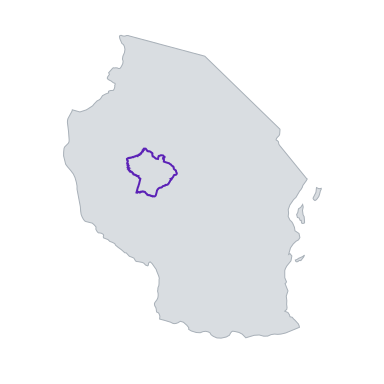 Sikonge, Tabora, United Republic of Tanzania (highlighted), rotated 15°
{"feature_id": "72390352B96655451787370", "entity_name": "Sikonge", "entity_type": "district", "adm_level": 2, "iso_a3": "TZA", "parent_name": "United Republic of Tanzania", "parent_adm1": "Tabora", "projection": "mercator", "projection_center": [32.873, -6.086], "detail": "fine", "context": "in_parent", "style": "outline", "palette": "violet", "viewbox_px": 384, "rotation_deg": 15, "n_neighbors": 0, "source": "geoboundaries", "source_scale": "gbopen_adm2", "svg_char_len": 8661}
<svg xmlns="http://www.w3.org/2000/svg" viewBox="0 0 384 384"><g transform="rotate(15 192 192)"><path d="M142.8,268.1L138.7,266.0L135.0,264.6L132.0,263.2L130.7,261.8L127.8,261.2L125.4,261.0L123.1,259.7L118.4,259.2L117.9,258.3L117.8,256.4L117.0,255.8L115.3,255.3L113.5,255.4L112.4,255.7L111.7,255.5L110.2,254.4L108.8,252.9L108.3,250.6L106.1,249.1L103.7,247.9L96.9,248.0L95.8,247.7L94.2,246.5L92.3,244.5L90.7,242.3L89.4,239.3L88.0,235.2L80.2,219.0L79.4,216.0L77.8,212.6L75.3,208.4L72.7,205.3L69.1,202.5L65.0,199.7L62.8,197.9L58.6,190.3L57.7,186.7L57.1,183.0L57.3,181.5L60.0,176.8L60.2,175.4L59.9,173.6L58.6,169.9L57.0,165.3L53.6,156.9L53.2,154.8L53.2,153.2L55.2,144.8L55.1,143.6L63.0,143.7L68.7,140.0L73.7,134.5L74.7,132.2L76.7,128.6L78.7,126.8L79.5,125.6L80.6,122.1L83.2,119.7L85.8,117.8L85.3,116.5L85.6,116.0L87.0,115.1L89.7,114.2L90.2,112.4L90.2,110.3L89.8,109.1L89.9,107.7L89.5,107.0L87.7,106.8L85.1,105.7L82.9,105.3L81.4,104.7L80.8,104.2L80.6,103.0L81.8,99.7L80.6,98.4L83.3,93.0L83.8,92.4L84.8,92.3L86.4,91.7L87.8,91.5L89.0,91.7L89.9,91.5L90.7,90.9L91.3,89.0L91.9,86.0L91.6,83.5L90.4,81.6L90.1,78.7L90.7,74.8L90.3,71.5L89.0,68.9L87.7,67.4L85.8,66.6L82.7,62.7L81.7,60.7L81.9,59.5L83.0,59.0L84.9,59.2L86.8,58.8L88.5,57.7L90.2,57.4L91.1,57.5L169.2,57.5L260.6,108.5L260.9,109.1L261.7,113.5L261.5,115.0L260.1,117.5L259.7,118.9L259.7,119.8L260.0,120.1L261.2,120.3L262.2,120.9L262.6,121.3L263.4,123.2L264.4,124.2L299.1,149.3L299.9,149.6L299.4,151.7L297.4,156.9L297.3,159.0L296.6,161.5L295.8,163.1L293.8,170.3L292.1,173.0L289.9,179.3L289.5,184.1L290.8,187.5L291.2,190.7L293.9,193.8L296.0,194.9L297.5,196.3L300.1,199.6L301.5,202.8L306.1,204.4L308.0,208.1L307.3,210.6L305.2,212.7L303.2,216.0L301.6,220.5L301.5,227.3L302.6,226.2L305.0,227.9L305.4,232.9L302.8,238.7L302.1,241.5L301.9,243.8L303.8,250.8L306.5,254.3L306.3,255.4L305.6,256.4L310.3,262.7L310.0,268.2L311.7,272.4L312.5,276.1L313.7,279.0L313.9,280.9L312.4,283.1L315.9,283.6L317.9,285.4L318.9,287.1L321.4,287.1L322.7,288.2L324.7,289.2L329.0,292.0L330.1,293.5L330.8,294.9L319.0,303.9L314.7,306.2L311.7,307.3L308.4,307.9L305.3,309.3L302.4,311.6L298.6,312.7L294.0,312.7L289.2,314.3L281.7,318.9L277.3,316.3L273.8,315.5L269.9,315.6L267.4,315.9L266.6,316.5L265.8,318.1L265.2,320.7L262.6,323.2L258.0,325.6L253.8,326.5L249.9,325.9L247.3,324.9L246.0,323.5L244.0,322.9L241.3,323.0L238.8,324.0L236.4,325.8L232.5,326.6L227.2,326.4L224.3,325.5L224.0,323.9L221.6,322.1L217.4,320.0L214.2,319.9L212.2,322.0L210.4,323.2L208.7,323.8L207.2,323.8L205.1,323.3L199.2,323.1L193.6,323.1L193.1,320.2L191.9,318.4L190.9,317.4L189.0,317.1L188.5,316.3L187.8,314.5L186.9,312.9L185.6,311.7L184.9,310.5L184.6,309.4L184.8,308.2L186.0,305.2L186.4,303.2L186.2,301.1L185.6,298.9L184.3,296.4L184.4,295.7L184.0,293.9L183.9,292.7L184.2,291.2L183.9,289.2L182.8,284.9L182.8,283.9L181.6,281.8L177.9,276.9L177.7,276.3L171.9,271.4L169.6,270.3L168.8,271.2L168.5,272.1L168.7,273.7L168.6,274.4L168.3,274.8L167.0,274.7L166.1,274.6L163.9,273.2L162.2,272.9L158.0,273.2L156.5,273.5L155.3,273.2L153.0,270.9L150.4,270.5L148.1,270.3L144.2,267.8L142.8,268.1ZM306.7,186.8L308.6,192.1L308.4,193.1L307.1,193.7L306.3,193.8L305.5,192.9L304.9,191.1L303.9,191.5L302.2,189.4L300.4,189.3L298.9,186.7L299.5,184.5L299.2,180.7L301.0,178.7L302.1,175.4L303.3,177.7L303.5,181.2L305.2,185.3L306.7,186.8ZM315.9,155.0L316.1,156.3L315.7,157.4L315.8,161.2L315.6,163.7L314.2,167.2L313.0,168.4L312.0,168.1L311.1,167.5L310.5,166.6L311.8,160.2L311.1,155.5L313.8,156.0L315.9,155.0ZM312.1,232.0L310.7,232.4L310.2,232.1L309.4,231.0L310.8,230.1L312.2,228.4L315.5,225.8L317.0,223.8L316.7,225.8L314.9,230.1L313.3,230.4L312.1,232.0Z" fill="#d9dde1" stroke="#a8b0b8" stroke-width="1"/><path d="M138.5,206.9L139.3,206.9L139.5,206.7L139.5,206.1L139.9,206.0L140.0,205.8L140.4,205.9L140.7,205.8L140.8,205.7L141.0,205.7L141.2,205.8L141.3,206.0L141.5,206.1L142.0,205.9L142.1,205.6L142.3,205.4L142.4,205.1L142.7,205.0L142.8,204.8L143.1,204.9L143.4,204.9L143.6,204.7L144.1,204.4L144.3,204.1L144.6,204.1L144.8,204.2L145.1,204.3L145.3,204.2L145.5,204.1L146.0,204.2L146.4,204.1L146.7,204.2L146.8,204.4L147.2,204.6L147.5,204.9L147.6,205.0L147.8,205.2L148.6,205.4L148.9,205.7L149.2,205.8L149.4,206.2L149.9,206.3L150.3,206.2L150.6,206.4L150.9,206.2L151.6,206.1L151.8,206.0L152.0,206.0L152.3,206.2L152.5,206.1L152.9,206.2L153.1,206.3L153.2,206.2L153.6,206.4L154.0,206.4L154.1,206.2L154.5,206.1L154.9,206.2L155.1,206.2L155.2,206.3L155.3,206.4L155.9,206.0L156.1,206.0L156.3,206.1L156.7,206.0L156.9,206.0L157.2,205.8L157.7,205.1L157.9,204.3L157.9,204.1L157.9,201.2L157.8,199.7L158.0,199.1L158.1,198.5L158.4,198.1L158.5,197.6L158.8,197.2L159.2,196.7L159.6,196.3L160.4,195.9L160.8,195.9L161.3,195.4L161.7,195.2L161.8,195.0L162.2,194.1L162.4,194.0L162.6,193.7L162.9,193.6L163.3,193.4L163.7,193.0L163.9,192.9L164.1,192.9L164.3,192.8L164.4,192.5L164.4,192.2L164.5,192.1L164.7,191.9L165.6,191.8L166.6,191.1L166.6,190.9L166.8,190.5L167.3,189.9L167.3,189.7L167.4,189.3L167.4,188.9L167.9,187.7L168.0,186.6L168.7,185.5L169.0,184.9L169.1,184.4L168.5,184.4L169.2,183.7L169.6,183.0L169.9,182.1L170.0,181.8L170.1,180.8L170.3,180.3L170.5,180.1L171.9,179.6L172.1,179.4L172.4,179.0L172.5,178.3L172.5,177.8L172.1,177.3L171.3,176.4L171.0,175.6L170.7,175.3L169.5,174.9L168.5,174.4L168.4,174.2L168.2,173.8L168.1,173.4L167.9,173.1L167.9,172.9L167.7,172.7L167.5,172.4L167.0,172.3L166.9,172.1L165.4,171.7L164.7,171.0L164.1,170.8L163.5,170.7L163.2,170.6L162.6,170.2L159.4,170.1L157.6,170.0L156.9,169.9L156.8,169.6L156.7,168.6L156.6,168.3L156.4,167.8L155.4,167.4L155.5,166.6L155.4,166.5L155.5,166.4L156.0,166.3L155.9,166.3L156.1,166.3L156.4,166.0L156.5,165.7L156.9,165.2L157.1,165.1L156.7,165.1L156.3,165.1L155.6,164.9L155.0,164.5L154.6,164.2L152.5,164.5L152.0,164.9L151.0,165.7L150.7,165.7L150.6,165.8L150.5,166.0L150.5,167.6L150.6,168.9L148.5,169.1L145.7,167.8L144.9,167.8L144.8,167.4L144.5,167.3L144.4,167.2L144.2,166.5L143.8,165.7L143.8,164.9L143.2,164.5L142.4,164.4L142.1,164.2L141.9,164.0L141.7,163.9L141.3,163.9L141.0,163.8L140.9,164.0L140.9,163.8L140.5,163.7L140.3,163.8L140.0,163.8L139.8,163.8L139.6,163.9L139.3,163.9L139.1,164.1L138.8,164.0L138.4,163.8L138.2,163.7L138.1,163.8L138.0,163.7L137.7,163.4L136.9,162.8L136.7,162.6L136.1,162.2L135.5,162.4L135.3,162.3L135.1,162.5L134.8,162.5L134.4,162.6L134.4,162.9L134.2,163.0L134.3,163.4L134.2,163.5L134.0,164.0L133.9,164.0L133.8,164.3L133.8,164.6L133.7,164.6L133.7,164.8L133.8,164.8L133.7,164.9L133.8,165.1L133.7,165.1L133.8,165.4L133.8,165.6L133.7,165.7L133.8,165.8L133.6,166.0L133.2,166.4L133.2,166.7L133.2,166.8L133.1,167.1L133.0,167.7L132.7,167.6L132.6,167.8L132.5,168.1L132.4,168.1L132.4,168.4L132.2,168.5L131.9,169.0L131.6,169.1L131.5,169.6L131.6,169.9L131.2,170.0L131.1,169.9L130.9,170.2L130.7,170.0L130.4,170.3L130.3,170.6L130.3,170.8L130.2,171.3L129.9,171.2L129.8,171.3L129.7,171.2L129.3,171.3L128.9,171.3L128.7,171.5L128.4,171.8L128.2,172.1L127.9,172.4L127.3,172.6L127.1,172.6L126.9,172.9L126.8,173.1L126.7,173.2L126.3,173.6L125.8,173.6L125.5,173.6L125.4,173.7L125.3,173.9L125.1,174.0L124.9,174.2L124.4,174.4L124.4,174.5L123.6,174.8L123.5,175.0L123.3,175.0L123.0,175.2L122.8,175.1L122.5,175.2L122.4,175.3L122.3,175.5L122.1,175.7L121.8,175.6L121.5,175.8L120.6,176.8L120.7,177.0L120.7,177.3L120.8,177.5L121.0,177.9L121.2,178.1L121.4,178.1L121.7,178.2L122.0,178.7L122.1,179.1L122.0,179.4L122.0,179.6L122.0,180.0L121.9,180.2L121.9,180.3L122.0,180.4L122.1,180.5L122.3,180.8L122.2,181.1L122.4,181.1L122.5,181.2L122.7,181.3L122.6,181.5L122.7,181.8L122.9,181.9L122.8,182.2L122.7,182.2L122.7,182.3L123.0,182.4L123.0,182.5L123.2,182.8L123.2,183.0L123.5,183.0L123.3,183.3L123.6,183.4L123.6,183.6L123.7,183.9L123.8,183.8L124.1,184.1L123.9,184.4L124.1,184.5L124.0,185.0L124.4,185.1L124.2,185.2L124.4,185.3L124.6,185.6L124.4,186.0L124.5,186.0L124.6,186.3L124.9,186.4L124.8,186.6L125.0,186.8L124.9,186.9L125.0,187.0L125.4,187.3L125.7,187.3L125.9,187.3L126.0,187.5L126.3,187.9L126.6,187.8L126.6,188.0L126.8,188.0L127.1,188.4L127.4,188.3L127.4,188.1L127.7,188.1L127.7,188.3L128.0,188.2L128.3,188.1L128.5,188.1L128.8,188.2L128.9,188.3L128.9,188.5L129.1,188.6L129.9,188.9L130.0,189.3L130.3,189.4L130.3,189.5L130.5,189.5L130.9,190.0L131.0,189.9L131.1,190.0L131.4,190.0L131.8,190.1L132.0,190.0L132.3,190.0L132.6,190.3L133.1,190.2L133.5,190.2L133.6,190.3L133.9,190.3L134.0,190.5L134.2,190.4L134.4,190.6L134.5,190.7L134.6,190.8L134.8,190.7L135.2,190.7L135.3,190.6L135.6,190.6L135.8,190.7L136.0,190.6L136.0,190.9L136.4,191.4L136.5,191.4L136.6,191.5L136.9,191.6L137.1,192.0L137.4,192.2L137.5,192.1L137.9,192.2L138.0,192.3L138.7,192.6L138.7,194.9L138.7,195.4L138.8,197.8L138.7,199.0L138.7,200.3L138.7,200.9L138.6,201.1L138.5,201.4L138.5,206.9Z" fill="none" stroke="#5b21b6" stroke-width="2"/></g></svg>